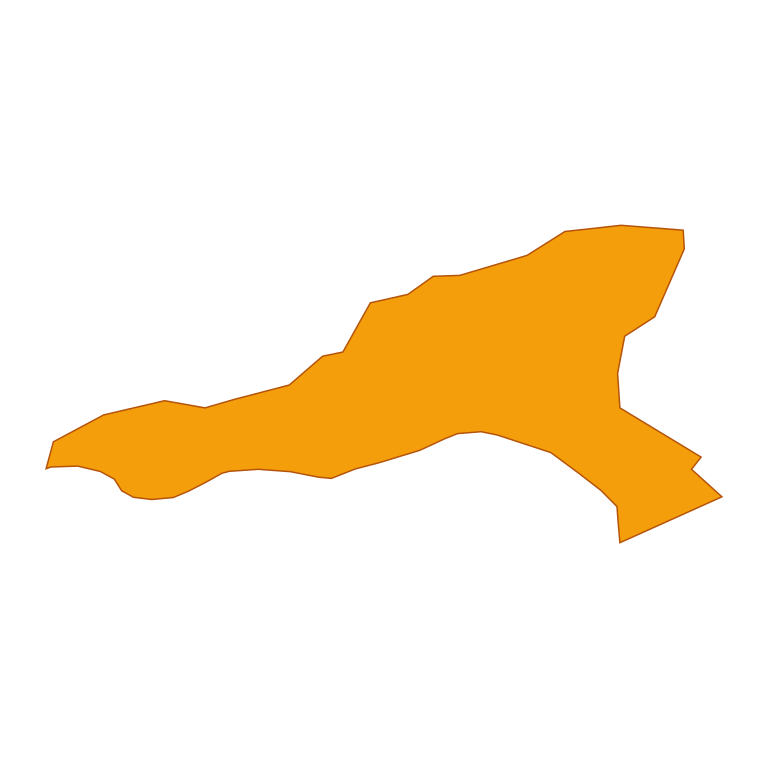 Muzrabad, Surkhandarya, Uzbekistan (Natural Earth projection)
{"feature_id": "79887680B13108405395902", "entity_name": "Muzrabad", "entity_type": "district", "adm_level": 2, "iso_a3": "UZB", "parent_name": "Uzbekistan", "parent_adm1": "Surkhandarya", "projection": "natural_earth1", "projection_center": [66.881, 37.423], "detail": "fine", "context": "isolated", "style": "filled", "palette": "amber", "viewbox_px": 768, "rotation_deg": 0, "n_neighbors": 0, "source": "geoboundaries", "source_scale": "gbopen_adm2", "svg_char_len": 800}
<svg xmlns="http://www.w3.org/2000/svg" viewBox="0 0 768 768"><path d="M701.1,457.1L619.9,407.9L617.6,373.5L624.7,336.2L654.7,316.8L684.3,248.9L683.2,230.2L621.1,225.3L564.9,231.5L527.0,255.4L459.7,275.4L433.2,276.3L407.9,294.4L370.4,302.8L342.9,352.0L322.6,356.2L289.3,385.0L234.6,399.3L204.9,407.9L164.6,400.7L103.7,414.9L53.4,441.8L46.1,468.7L51.0,467.0L77.8,466.1L100.4,471.5L114.3,479.1L121.7,490.8L123.5,491.8L133.5,497.3L151.8,499.5L173.3,497.5L188.4,491.2L206.7,481.8L221.8,473.3L229.3,471.3L258.4,469.3L290.6,471.7L318.5,477.2L331.4,478.4L355.1,469.0L378.8,462.8L419.8,450.3L444.6,438.8L457.6,433.6L481.2,431.7L497.3,435.0L550.9,452.6L578.7,473.2L601.1,490.5L617.0,506.6L618.0,520.5L619.9,542.7L721.9,496.8L691.5,469.3L701.1,457.1Z" fill="#f59e0b" stroke="#b45309" stroke-width="1.5"/></svg>